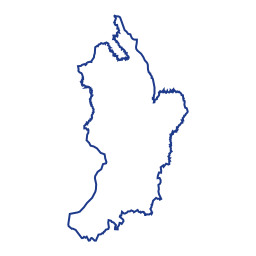 the district of Khao Saming, Trat, Thailand
{"feature_id": "78962969B42542221471350", "entity_name": "Khao Saming", "entity_type": "district", "adm_level": 2, "iso_a3": "THA", "parent_name": "Thailand", "parent_adm1": "Trat", "projection": "equal_earth", "projection_center": [102.413, 12.449], "detail": "fine", "context": "isolated", "style": "outline", "palette": "blue", "viewbox_px": 256, "rotation_deg": 0, "n_neighbors": 0, "source": "geoboundaries", "source_scale": "gbopen_adm2", "svg_char_len": 5715}
<svg xmlns="http://www.w3.org/2000/svg" viewBox="0 0 256 256"><path d="M116.2,16.3L113.9,15.4L114.0,15.5L114.8,16.2L114.8,16.9L115.7,17.6L115.9,18.6L114.2,22.5L114.9,22.7L114.8,24.1L115.5,25.1L117.1,24.9L117.6,27.1L117.3,28.5L118.4,28.5L118.4,29.3L119.1,30.5L118.5,31.3L119.1,32.6L117.8,32.2L116.9,32.9L117.0,34.8L117.6,35.2L117.3,36.5L116.1,35.9L114.9,37.0L114.8,36.5L115.3,35.9L115.1,35.5L113.4,35.6L113.8,37.1L113.2,39.1L113.7,39.1L114.2,37.9L114.9,38.8L115.3,40.4L116.2,40.9L116.4,42.2L116.7,42.3L117.1,41.6L118.6,43.6L118.5,44.9L119.6,45.9L119.8,47.0L121.6,47.5L121.8,49.4L122.7,48.8L124.2,50.1L124.6,50.7L124.2,51.5L125.2,51.7L125.4,53.4L126.7,53.1L126.5,54.7L128.5,56.6L128.7,57.8L128.2,58.7L127.5,58.4L127.0,59.2L126.4,58.6L126.9,58.5L127.0,57.9L125.7,57.5L125.4,57.8L125.9,59.3L125.6,59.7L124.5,58.4L123.3,58.3L122.3,59.2L122.2,58.4L121.7,58.5L121.8,59.3L121.3,59.1L120.6,59.9L119.3,60.1L118.9,59.5L118.2,60.0L118.2,59.5L117.3,59.0L117.7,58.3L117.0,57.7L117.3,55.9L115.1,56.1L115.2,54.7L114.2,55.2L114.5,54.3L113.4,54.6L113.6,53.3L112.9,52.5L112.8,51.4L112.2,50.9L111.8,51.2L111.7,50.5L110.4,51.3L110.0,50.9L110.1,49.7L109.2,48.5L109.4,47.6L110.1,47.5L109.5,47.1L109.5,46.3L108.0,45.3L108.5,44.4L108.4,43.6L106.5,42.5L105.8,42.8L105.3,43.8L104.8,43.1L103.2,43.8L101.1,43.1L100.0,44.2L98.7,44.5L97.9,46.2L97.1,45.9L95.2,47.3L94.8,53.4L94.2,55.0L93.9,57.5L91.5,61.0L91.4,62.0L89.7,61.8L87.4,62.5L86.3,63.5L86.4,64.3L85.9,64.7L85.4,64.5L85.3,64.8L84.4,64.1L82.0,64.9L81.0,65.9L78.0,66.2L78.6,69.2L78.4,70.9L79.5,72.3L81.3,73.1L82.1,74.3L83.0,77.3L82.8,77.8L82.3,77.7L83.1,78.2L83.1,78.7L82.6,78.5L82.6,79.7L82.1,79.7L81.7,80.4L82.1,81.1L80.9,81.9L81.7,83.2L82.1,83.0L81.9,83.9L82.4,84.3L82.0,84.9L82.3,85.4L82.7,84.9L83.8,85.5L84.3,85.3L85.8,86.6L86.0,87.1L85.5,87.5L86.2,87.4L86.2,88.2L86.7,86.5L87.9,86.7L87.8,87.1L88.3,87.4L89.1,87.1L90.2,88.2L90.2,89.6L90.7,88.8L90.9,89.5L91.3,89.5L91.1,90.0L92.0,90.7L91.6,92.0L90.5,92.5L90.8,93.3L91.6,93.2L91.3,94.2L91.6,95.0L92.4,95.3L91.9,96.2L91.2,96.3L90.6,99.0L90.1,98.8L89.8,99.2L90.4,100.8L90.1,101.2L91.2,102.7L91.2,103.4L90.5,103.2L90.6,103.8L91.2,104.7L91.2,105.3L91.7,105.2L91.7,106.0L92.6,106.8L92.8,108.3L93.7,109.3L93.3,110.5L93.7,112.0L92.8,112.5L93.0,113.5L91.7,115.3L92.0,116.3L91.7,116.9L92.1,117.6L91.4,119.4L91.0,119.7L90.4,119.3L90.2,120.7L89.0,120.7L88.3,122.7L86.8,122.4L86.7,123.1L87.2,123.8L87.2,124.4L85.7,124.2L85.2,125.2L84.3,125.8L84.3,128.4L86.0,128.2L87.1,129.7L88.1,129.3L88.4,129.9L88.3,132.8L87.2,134.7L86.6,140.3L89.1,142.8L90.6,145.7L93.6,146.4L97.0,148.4L100.7,152.9L104.6,154.3L105.3,158.6L106.4,161.9L106.1,163.3L103.0,164.1L101.3,169.2L97.7,171.8L95.2,176.1L94.9,178.1L96.2,184.3L95.9,189.4L95.3,191.8L92.1,197.9L86.9,203.1L83.9,207.3L79.8,211.6L77.7,212.4L69.8,213.9L68.3,224.3L68.6,226.1L71.8,228.8L72.7,228.6L75.6,229.9L81.8,238.1L82.9,238.0L84.0,236.8L85.4,237.7L86.7,236.7L88.7,240.6L89.9,240.4L90.8,238.5L91.4,238.0L92.2,238.2L94.6,240.6L95.9,240.6L98.5,234.6L100.8,234.3L102.2,233.2L103.0,233.4L103.8,231.8L104.5,231.7L105.8,229.7L108.3,229.0L108.9,227.5L108.2,222.8L108.6,220.1L111.1,220.8L111.8,222.0L113.5,222.4L116.0,225.1L115.2,226.8L115.0,229.2L117.7,229.4L117.8,228.8L117.1,227.5L118.2,226.6L119.3,224.5L119.6,222.9L120.7,223.1L121.7,223.9L123.5,221.2L123.3,219.9L122.7,219.2L119.8,216.8L120.2,215.6L121.3,215.5L122.0,211.8L123.6,213.3L124.8,213.6L127.0,212.5L128.0,211.4L129.9,211.4L131.3,210.4L133.8,211.6L134.0,212.2L137.6,210.0L138.7,211.8L140.2,212.3L140.5,212.0L140.8,212.6L142.6,211.8L143.7,211.9L144.0,212.9L144.9,213.4L145.1,215.0L145.6,215.0L145.8,214.3L149.1,214.5L150.9,213.3L151.5,214.1L152.2,212.7L150.4,208.8L151.5,207.2L151.5,206.0L152.1,205.0L151.7,204.5L152.3,204.0L153.1,200.7L156.1,197.9L157.7,198.9L159.5,198.6L159.9,199.6L161.2,198.9L159.0,194.2L158.4,191.5L158.9,188.9L158.4,184.9L160.0,183.7L160.6,182.2L160.6,180.0L159.6,178.0L157.6,178.2L157.8,176.1L159.0,172.5L161.1,172.7L161.2,170.6L160.7,167.3L163.2,165.4L163.7,166.7L166.1,163.7L168.4,164.5L169.3,164.1L169.2,161.1L170.0,160.9L168.9,159.2L170.0,158.1L169.1,157.8L168.4,156.4L169.5,155.5L169.3,153.6L170.1,153.2L170.5,152.2L171.6,151.4L170.7,150.2L170.9,148.1L170.0,146.6L170.8,146.2L171.2,145.5L171.1,144.9L170.3,145.1L169.9,144.7L170.8,144.0L171.2,142.9L170.4,141.5L170.7,140.8L170.0,139.7L170.8,138.8L170.1,137.9L170.2,137.3L171.0,136.9L170.4,134.5L170.7,134.4L170.9,135.3L171.3,135.3L172.1,133.0L172.6,134.2L172.9,134.1L173.0,131.7L173.6,132.3L174.3,131.3L175.1,131.7L175.6,130.8L176.4,131.4L176.5,130.7L177.3,130.2L177.6,129.3L176.8,128.8L176.9,127.2L178.1,127.1L179.0,125.2L179.7,125.1L181.2,123.0L182.4,122.7L182.5,122.0L181.8,120.3L183.2,120.4L182.7,118.1L183.9,117.0L184.2,115.6L185.2,115.4L185.7,114.2L187.4,112.4L187.7,111.3L186.7,108.2L185.2,107.7L184.4,104.7L184.7,101.7L184.5,100.9L183.6,100.6L183.4,99.3L183.7,98.5L183.2,98.3L182.9,95.3L181.6,95.1L181.2,93.6L179.0,91.7L178.2,92.2L177.2,91.4L176.1,92.2L174.3,90.2L173.5,91.3L173.3,89.4L172.4,90.3L172.0,91.5L170.8,90.4L170.9,91.5L170.2,91.1L169.8,92.2L169.2,92.5L167.4,91.7L167.2,91.0L166.2,92.8L165.5,92.6L164.9,91.4L163.8,92.0L163.7,89.8L162.0,92.1L160.3,91.2L160.0,92.2L159.4,92.0L158.9,92.5L159.2,94.2L159.0,95.2L158.0,96.8L157.0,97.5L156.9,99.1L154.9,99.7L154.4,102.3L153.8,102.4L154.3,99.8L152.8,99.2L152.8,98.5L152.8,97.9L153.6,98.0L153.8,97.4L153.9,95.2L154.5,93.5L154.5,87.4L153.0,79.6L152.5,78.2L151.6,77.9L151.8,76.4L150.6,74.8L150.3,73.6L149.7,73.6L149.3,72.5L148.7,72.2L148.0,69.5L147.8,64.8L147.2,63.0L144.8,60.3L143.3,57.0L141.1,53.7L137.4,50.6L136.3,49.0L136.0,47.1L136.8,42.6L136.9,39.6L134.3,39.6L132.7,38.9L131.7,37.8L130.3,34.3L128.1,33.9L126.6,31.7L124.7,30.2L120.1,17.4L118.6,16.4L116.2,16.3Z" fill="none" stroke="#1e3a8a" stroke-width="2"/></svg>